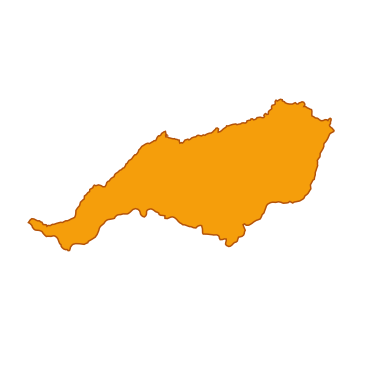 Garrafão do Norte, Pará, Brazil, rotated 60°
{"feature_id": "56859067B10058884910465", "entity_name": "Garrafão do Norte", "entity_type": "district", "adm_level": 2, "iso_a3": "BRA", "parent_name": "Brazil", "parent_adm1": "Pará", "projection": "robinson", "projection_center": [-47.098, -2.221], "detail": "fine", "context": "isolated", "style": "filled", "palette": "amber", "viewbox_px": 384, "rotation_deg": 60, "n_neighbors": 0, "source": "geoboundaries", "source_scale": "gbopen_adm2", "svg_char_len": 5731}
<svg xmlns="http://www.w3.org/2000/svg" viewBox="0 0 384 384"><g transform="rotate(60 192 192)"><path d="M136.7,349.0L138.1,348.1L139.8,347.6L141.3,347.4L142.7,347.8L145.0,347.5L146.5,346.8L147.5,345.5L148.6,343.9L149.4,343.0L151.1,341.7L153.0,341.6L154.3,341.4L155.9,341.0L157.7,340.4L158.1,339.2L160.0,336.2L160.4,334.7L160.9,333.4L161.9,332.6L163.7,331.8L165.5,331.6L169.8,332.3L170.9,332.3L172.0,331.8L173.6,332.4L175.1,332.3L177.2,331.6L178.8,330.2L179.4,328.9L180.9,328.6L181.4,327.3L180.2,325.9L179.0,324.8L178.0,322.5L177.8,321.2L178.4,318.9L179.0,317.8L180.7,315.1L183.4,311.6L183.5,310.0L183.8,307.6L182.9,306.4L182.9,302.1L182.7,298.3L182.1,297.1L181.4,295.5L178.9,292.2L177.4,290.7L176.6,289.7L175.9,288.1L175.2,284.1L174.1,281.8L173.8,280.3L173.9,278.6L174.8,276.2L175.7,273.6L176.0,272.3L175.0,270.7L174.6,268.2L175.2,266.4L175.9,265.1L176.5,262.6L178.6,259.1L178.8,257.8L178.4,255.2L177.9,253.3L177.6,252.0L178.1,249.3L179.9,247.5L181.9,246.8L183.5,247.0L185.3,247.6L187.1,247.5L188.8,246.7L189.8,245.7L189.4,243.9L188.7,242.8L187.4,241.8L186.4,241.3L185.5,240.3L185.3,238.9L185.6,237.4L186.1,236.0L187.1,235.1L188.4,234.3L190.8,233.4L192.6,231.9L193.7,231.4L195.1,231.7L196.6,230.7L197.2,229.7L199.0,227.4L201.3,228.6L202.7,226.6L203.1,223.1L203.7,221.4L205.3,220.0L207.9,219.0L210.8,218.5L213.1,217.7L214.0,217.0L215.7,216.4L216.8,214.7L220.6,211.6L221.6,210.1L223.6,208.6L225.1,206.6L224.7,205.5L224.5,203.4L225.0,201.6L225.9,200.5L229.0,201.3L232.8,203.3L234.0,203.3L236.1,199.9L238.4,196.8L239.2,195.7L240.0,194.8L240.6,193.6L241.5,192.0L243.1,190.9L244.3,190.8L245.8,191.4L247.4,191.4L248.4,189.4L248.8,187.4L249.9,185.9L251.5,186.8L252.5,187.9L253.9,189.0L255.5,188.9L257.6,187.4L258.1,185.8L257.9,184.0L257.2,181.7L257.0,180.4L257.4,178.7L257.1,177.2L255.9,176.1L254.4,174.3L254.9,172.7L255.4,170.9L255.1,168.9L254.1,167.5L252.8,166.5L251.7,165.0L249.8,164.8L248.1,164.6L245.8,164.1L245.9,162.4L247.9,161.7L249.1,159.5L249.2,157.4L249.1,155.5L248.8,153.7L248.7,150.7L249.2,148.1L249.4,146.3L248.0,144.1L246.7,142.6L246.1,140.2L244.9,138.8L242.3,135.7L241.1,134.3L240.4,132.6L240.4,130.2L240.6,128.8L241.2,127.1L242.8,124.8L243.7,122.0L245.4,120.0L246.5,119.3L247.4,118.5L248.8,115.5L249.3,114.1L249.1,112.0L250.2,111.3L251.9,110.3L251.8,108.4L252.5,106.6L253.6,103.2L253.6,99.5L253.4,98.3L251.8,96.0L251.6,93.8L251.2,92.2L249.4,89.0L248.7,87.5L245.0,85.9L243.8,83.9L242.2,81.4L242.1,79.7L240.8,78.8L238.8,76.7L236.9,75.6L235.9,74.5L235.1,73.5L234.0,72.4L232.0,70.0L230.5,69.4L228.9,68.3L227.3,67.7L226.3,65.6L225.5,63.6L223.9,62.5L222.6,61.7L221.3,59.3L219.8,56.7L218.4,55.0L217.2,54.4L216.0,53.4L215.3,51.1L214.4,49.2L213.6,47.8L211.6,45.1L210.6,43.7L210.4,42.0L210.5,39.0L209.6,38.2L208.5,38.6L207.2,38.6L205.5,39.4L203.9,39.8L202.7,39.5L202.0,37.9L200.5,37.0L199.5,35.8L198.3,35.0L197.2,35.5L197.4,37.5L198.1,38.6L196.8,39.2L195.9,40.6L195.7,42.8L194.8,44.6L193.0,45.6L191.7,46.0L190.7,46.6L189.5,48.2L187.8,48.9L186.0,50.1L184.6,49.4L183.2,48.5L181.9,47.7L180.4,47.3L179.1,48.5L177.9,49.1L176.8,50.1L175.8,50.4L174.5,51.2L173.9,52.4L172.9,50.7L171.9,50.3L170.1,50.4L168.9,51.6L168.8,53.2L168.4,54.6L168.8,56.2L168.2,57.2L166.3,57.9L166.1,59.8L166.1,61.0L165.4,62.2L164.5,63.7L163.0,65.4L161.3,66.7L160.1,66.8L159.3,67.4L158.3,68.2L157.2,67.7L155.9,69.1L155.8,71.0L155.9,72.6L154.5,73.3L155.1,74.7L156.5,75.4L157.5,76.1L157.5,77.5L157.0,79.3L158.0,80.6L159.8,81.3L160.1,83.6L160.5,85.4L161.5,86.2L162.7,87.0L162.3,88.5L160.9,88.9L160.9,90.3L161.7,91.5L162.8,91.4L163.4,92.6L162.8,94.0L161.3,95.5L160.6,97.3L160.1,98.5L160.7,99.7L160.7,101.3L160.3,102.6L158.9,103.0L158.2,104.3L159.0,105.7L158.4,106.8L157.9,108.8L159.0,110.0L159.0,111.3L157.7,113.1L157.2,114.4L157.3,116.0L156.6,117.8L156.2,119.4L155.0,120.0L154.3,121.7L153.8,123.0L153.4,124.8L153.1,126.7L152.7,128.0L152.0,128.9L152.9,130.3L152.9,131.9L153.1,133.6L153.6,135.6L153.8,137.3L153.3,139.4L151.8,138.5L150.7,137.5L149.2,138.1L148.8,139.3L149.5,140.6L149.9,142.6L150.4,144.1L150.5,146.0L149.8,147.4L149.4,149.2L149.2,151.0L149.4,152.4L148.2,153.7L148.2,155.8L146.9,157.2L145.9,158.3L145.7,159.5L146.1,161.1L145.4,162.9L145.0,165.2L145.5,167.3L145.3,168.7L144.2,169.1L143.9,170.6L143.5,172.1L144.6,174.5L144.8,176.0L143.9,176.5L143.7,178.1L142.1,177.8L140.7,177.1L139.7,178.3L138.8,178.8L138.1,180.0L137.1,180.4L136.6,181.6L135.7,182.6L134.4,183.9L133.3,185.1L132.2,185.5L131.1,187.1L129.7,186.5L130.3,185.1L128.6,185.6L127.4,185.1L126.2,184.7L125.9,186.2L126.0,187.4L126.1,189.1L127.0,190.4L127.2,191.9L126.6,192.9L127.1,194.4L127.9,195.7L128.7,196.6L129.3,197.8L128.6,199.2L128.8,200.6L128.7,202.0L128.8,203.4L128.8,204.6L127.7,205.8L127.3,207.4L127.3,209.2L127.4,211.1L127.4,212.7L128.6,215.3L129.0,217.1L130.2,218.3L131.1,219.9L131.7,221.8L131.2,222.9L131.6,224.3L132.3,225.9L133.1,227.5L133.3,228.8L133.2,230.8L134.1,232.7L134.8,233.8L134.7,235.1L135.5,236.0L136.4,237.2L137.1,238.8L136.8,240.3L137.3,241.6L137.3,242.8L137.1,244.1L137.6,245.3L137.8,247.1L137.9,249.2L138.7,250.8L139.8,251.8L139.7,253.3L139.8,255.2L140.3,256.6L141.0,258.0L140.8,259.7L141.3,261.2L142.8,262.7L143.9,264.7L143.0,266.5L141.1,267.5L140.3,268.2L139.1,269.4L138.5,272.1L137.2,273.2L137.8,274.8L138.7,275.6L138.7,277.8L138.7,279.2L140.4,280.5L140.5,282.6L141.4,284.8L141.7,287.2L144.1,288.8L144.3,290.5L144.7,292.0L145.1,293.7L147.6,296.2L148.6,299.1L149.9,301.7L151.9,303.0L153.4,304.1L154.4,305.1L155.3,306.4L155.2,308.1L154.9,310.3L154.9,311.9L154.7,314.1L153.8,315.8L153.7,317.3L153.7,319.3L152.5,321.0L151.5,324.8L151.0,327.7L150.2,329.1L150.2,331.6L148.9,333.5L149.2,334.8L147.4,334.7L145.8,337.1L143.1,337.1L142.0,338.2L140.8,338.4L139.7,340.2L136.3,342.4L135.0,344.1L135.3,346.1L136.7,349.0Z" fill="#f59e0b" stroke="#b45309" stroke-width="1.5"/></g></svg>